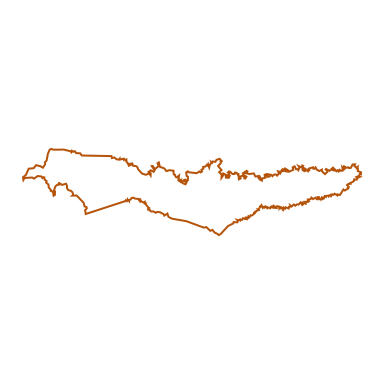 outline of El Retorno, Guaviare, Colombia
{"feature_id": "7082276B7236070172680", "entity_name": "El Retorno", "entity_type": "district", "adm_level": 2, "iso_a3": "COL", "parent_name": "Colombia", "parent_adm1": "Guaviare", "projection": "albers", "projection_center": [-71.499, 2.05], "detail": "fine", "context": "isolated", "style": "outline", "palette": "amber", "viewbox_px": 384, "rotation_deg": 0, "n_neighbors": 0, "source": "geoboundaries", "source_scale": "gbopen_adm2", "svg_char_len": 6062}
<svg xmlns="http://www.w3.org/2000/svg" viewBox="0 0 384 384"><path d="M218.6,235.1L220.6,234.1L228.1,226.0L233.3,223.4L233.6,222.1L237.3,222.3L238.0,221.0L237.2,220.0L238.5,220.4L239.9,219.5L240.4,220.4L241.1,219.6L242.3,219.7L243.0,218.2L245.0,219.0L245.5,217.8L246.3,218.6L246.3,217.7L247.2,217.4L247.7,218.5L249.2,217.4L248.9,216.3L249.8,216.6L250.6,215.3L251.7,215.6L254.4,213.6L254.0,212.9L255.1,211.8L255.5,212.2L256.6,210.8L258.7,210.2L258.1,209.4L258.7,209.5L260.1,206.6L259.6,205.8L260.7,206.5L261.4,205.2L262.8,207.9L263.5,207.0L264.4,207.6L265.0,206.6L266.6,207.7L266.4,206.8L270.2,208.3L270.8,206.9L272.6,207.5L272.4,206.4L273.3,206.6L273.6,205.8L274.8,206.8L274.7,207.8L276.7,208.0L276.5,206.5L277.8,206.2L279.2,206.8L279.3,207.7L279.7,206.8L281.6,207.5L281.0,208.2L282.1,207.9L282.6,209.2L283.5,207.9L283.7,208.8L284.0,208.0L285.2,208.6L285.8,207.3L288.7,208.5L289.0,206.8L290.9,206.6L290.5,205.5L291.7,206.4L293.9,204.5L295.2,205.7L297.1,204.3L298.5,204.6L300.6,202.4L301.4,203.6L301.5,202.8L302.5,202.5L302.9,204.3L303.9,203.2L305.6,203.7L305.4,202.8L306.4,202.2L305.8,201.8L308.1,201.8L307.9,200.8L308.8,200.8L308.0,199.5L310.6,199.1L311.5,197.6L313.0,199.1L315.5,197.7L316.9,199.3L318.1,198.9L317.7,197.1L319.0,197.2L319.4,199.2L320.4,198.8L320.9,199.5L321.3,198.5L322.1,198.9L322.2,197.5L323.3,198.3L323.3,197.7L324.1,197.8L324.7,196.1L325.9,196.8L326.0,196.0L329.4,195.4L329.3,195.9L330.6,194.9L331.1,196.0L332.2,194.3L333.6,194.8L334.6,193.7L337.3,195.4L337.5,194.4L338.6,194.7L338.6,194.1L339.0,194.9L340.1,194.8L343.4,189.5L344.8,190.5L348.2,188.5L347.8,187.7L348.8,186.9L347.0,185.1L348.3,184.0L350.1,183.8L349.2,182.9L350.2,183.2L353.9,181.1L354.2,179.3L356.7,179.7L357.4,177.8L356.4,177.0L357.4,176.5L358.4,177.5L359.8,176.9L359.0,176.7L359.0,175.8L359.8,174.1L360.9,174.4L361.0,172.3L357.8,171.1L357.9,168.5L356.9,168.4L357.5,166.8L356.3,167.5L354.4,166.0L355.1,164.4L352.6,164.4L350.8,167.9L348.9,168.0L348.3,167.3L346.6,167.8L343.9,166.2L343.2,167.3L344.9,167.8L344.5,169.2L343.7,169.4L342.4,167.7L342.8,170.5L340.8,170.8L338.9,169.1L339.9,170.5L338.5,171.6L337.4,170.3L336.3,171.2L335.1,169.7L334.3,170.5L332.6,170.1L332.4,169.3L333.9,168.6L333.0,167.6L329.6,170.8L326.0,169.0L325.7,169.6L327.0,170.4L327.4,171.8L325.0,174.1L322.0,171.3L321.9,169.6L319.2,171.0L316.9,169.7L315.5,167.4L314.5,168.8L313.3,168.7L313.0,167.3L308.8,168.6L308.1,169.5L309.2,170.1L308.1,171.3L307.1,170.1L304.4,171.2L302.5,169.9L302.6,168.6L304.7,169.4L305.3,168.8L303.2,167.7L302.6,166.7L303.1,165.9L302.3,165.5L302.1,166.9L301.2,167.3L298.6,166.1L299.5,167.6L298.3,170.2L297.5,169.1L296.0,169.2L294.7,166.4L292.7,167.3L293.2,169.8L288.9,171.8L285.7,171.3L285.3,170.5L287.2,171.3L288.0,170.3L285.0,168.4L283.8,169.7L282.6,169.2L281.7,170.2L282.8,171.1L281.2,171.3L280.2,173.5L279.5,173.0L279.5,171.7L278.1,171.4L279.1,173.4L277.1,175.6L276.4,174.6L274.3,174.5L272.4,176.2L271.5,174.9L269.4,174.6L269.7,176.4L267.2,176.9L266.8,175.7L267.9,174.2L266.7,174.0L264.6,174.9L265.1,177.8L262.1,178.5L261.9,180.6L260.3,179.8L260.7,178.5L259.7,176.5L259.1,176.6L258.9,178.3L258.2,177.4L258.6,176.0L255.4,176.5L253.8,173.4L249.3,174.0L246.0,173.2L247.4,171.6L246.7,170.8L242.9,173.3L244.1,175.3L246.4,176.7L245.3,178.5L244.4,178.4L244.5,177.4L242.5,175.6L240.4,176.5L240.6,178.5L238.9,179.3L238.4,173.2L237.9,174.9L236.7,172.8L234.9,172.6L234.6,174.0L232.4,174.0L230.1,171.7L228.9,171.5L228.2,172.2L229.0,172.4L229.1,173.5L228.4,174.1L229.8,175.7L228.8,177.8L225.9,177.6L225.8,176.1L227.1,177.3L228.2,176.1L223.1,173.4L222.2,173.8L223.5,174.9L221.5,177.8L221.6,174.6L219.2,172.2L221.5,170.1L218.1,166.0L220.9,163.0L220.6,161.4L221.6,161.0L219.6,158.8L216.5,159.8L215.4,161.8L212.7,161.5L212.3,162.6L211.2,161.9L211.5,162.9L210.0,164.5L209.2,167.4L208.2,164.4L207.8,165.6L206.9,164.8L205.7,166.4L203.1,167.0L203.4,168.6L201.4,169.8L202.0,171.5L200.6,172.4L199.4,171.5L196.6,173.2L188.5,172.2L187.8,171.4L186.2,172.4L186.6,175.9L187.9,176.7L187.9,180.2L186.8,181.5L185.5,179.6L184.1,180.0L184.1,181.0L186.6,182.2L185.5,184.3L182.5,183.1L182.3,181.7L181.2,182.0L181.2,180.5L180.3,181.7L178.4,180.4L178.6,179.7L179.9,179.7L178.5,178.9L179.0,175.6L177.0,177.4L175.7,176.9L175.0,174.8L173.7,174.4L173.5,170.7L169.2,170.2L166.4,171.1L164.3,168.4L159.9,166.8L158.8,162.4L157.6,163.2L158.6,166.0L155.5,168.7L154.1,168.1L152.7,166.0L151.8,166.1L154.6,170.3L153.6,171.8L150.9,170.3L148.9,171.7L150.7,173.2L150.6,175.5L148.5,172.8L148.1,173.9L145.8,174.8L141.8,173.4L138.1,169.2L137.3,167.0L135.8,166.0L133.1,165.8L132.2,163.4L129.0,164.1L130.3,165.1L128.8,165.7L127.7,162.9L126.6,162.2L126.4,159.6L125.6,160.2L124.6,159.3L124.0,159.9L123.5,158.7L119.8,159.6L119.7,158.7L119.1,159.5L116.7,159.4L114.4,157.5L111.9,158.0L111.5,156.1L81.7,155.5L80.2,153.3L76.2,153.1L74.8,151.2L73.5,151.8L71.8,150.7L71.3,152.2L70.5,151.3L63.9,149.6L53.5,149.7L51.1,148.9L49.7,149.7L47.9,153.7L46.6,160.6L45.1,162.0L45.1,164.3L42.9,167.7L40.4,166.2L36.0,165.2L33.7,168.2L28.7,168.7L25.9,174.9L23.0,177.3L23.4,179.9L24.5,178.0L32.2,177.5L34.0,178.6L37.7,176.0L41.4,176.5L42.4,178.0L43.3,177.2L44.3,177.4L44.6,179.5L46.6,181.1L46.1,182.5L48.5,184.6L48.7,187.4L51.1,190.3L50.8,190.9L53.0,191.8L53.6,195.7L54.9,194.9L55.0,191.4L54.0,190.3L55.5,186.2L57.1,184.9L58.8,184.7L58.4,184.0L59.1,183.0L62.2,184.9L66.0,183.7L67.0,185.8L67.0,188.2L68.3,190.1L70.9,190.8L72.6,192.4L73.2,194.9L72.4,195.6L76.6,195.5L83.5,202.6L84.6,206.4L86.6,207.2L86.7,208.6L85.1,210.1L85.7,214.0L125.3,201.1L125.5,200.2L125.8,201.4L126.0,200.4L126.7,200.9L127.2,200.0L127.3,200.9L128.4,200.1L129.1,201.0L129.2,200.0L130.6,199.5L131.7,197.9L133.5,197.7L134.6,198.5L140.2,199.2L140.4,199.9L139.3,200.4L140.2,201.6L140.7,200.9L143.2,202.4L144.8,201.8L144.6,203.3L145.7,203.4L145.3,204.0L148.4,207.5L148.2,208.4L148.9,208.3L148.4,209.7L149.7,209.7L149.8,210.5L151.2,211.5L153.5,211.4L155.8,212.8L157.1,211.9L159.9,212.2L163.8,214.3L164.3,215.6L167.4,213.6L168.5,216.9L172.1,218.7L186.4,221.2L203.8,227.6L206.3,227.1L210.3,230.8L212.4,229.9L214.8,232.7L217.6,233.9L218.6,235.1Z" fill="none" stroke="#b45309" stroke-width="2"/></svg>